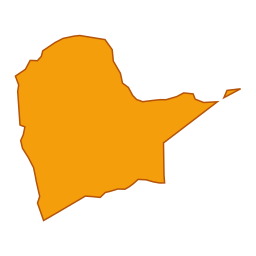 the district of São Francisco, Paraíba, Brazil
{"feature_id": "56859067B77351971445898", "entity_name": "São Francisco", "entity_type": "district", "adm_level": 2, "iso_a3": "BRA", "parent_name": "Brazil", "parent_adm1": "Paraíba", "projection": "orthographic", "projection_center": [-38.051, -6.637], "detail": "fine", "context": "isolated", "style": "filled", "palette": "amber", "viewbox_px": 256, "rotation_deg": 0, "n_neighbors": 0, "source": "geoboundaries", "source_scale": "gbopen_adm2", "svg_char_len": 844}
<svg xmlns="http://www.w3.org/2000/svg" viewBox="0 0 256 256"><path d="M164.6,182.9L164.0,175.2L163.5,142.9L217.3,101.8L203.7,102.5L195.2,99.2L193.1,93.9L183.7,92.9L176.7,96.6L166.1,99.7L159.9,99.7L152.3,100.5L142.7,101.7L136.6,99.5L132.7,95.5L128.4,87.5L122.5,83.1L120.4,73.3L113.3,61.1L112.2,49.7L105.0,39.6L79.8,35.5L74.1,36.1L63.1,38.4L55.1,42.5L42.8,50.8L41.3,56.4L37.4,60.7L30.2,60.4L25.4,69.3L15.4,76.1L18.7,85.0L17.7,91.4L20.0,125.0L24.9,126.9L23.3,134.7L20.7,140.6L22.5,148.3L28.4,157.6L33.6,167.7L35.4,176.5L36.4,181.9L39.7,196.4L37.5,203.1L43.6,220.5L52.6,215.3L85.3,196.1L92.4,196.6L100.2,197.4L105.3,192.5L110.2,191.3L117.9,189.0L125.0,189.2L129.4,186.6L133.3,183.7L138.1,179.4L146.1,179.8L153.5,181.9L159.7,183.0L164.6,182.9ZM240.6,88.8L227.0,90.4L223.9,97.7L240.6,88.8Z" fill="#f59e0b" stroke="#b45309" stroke-width="1.5"/></svg>